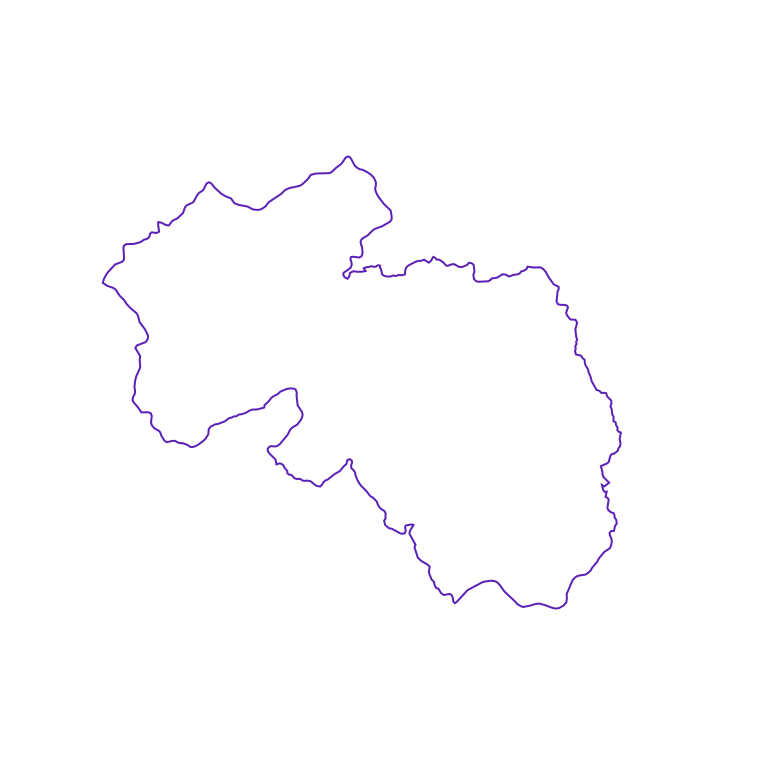 outline of Lassance, Minas Gerais, Brazil, rotated 224°
{"feature_id": "56859067B47117401129154", "entity_name": "Lassance", "entity_type": "district", "adm_level": 2, "iso_a3": "BRA", "parent_name": "Brazil", "parent_adm1": "Minas Gerais", "projection": "albers", "projection_center": [-44.677, -17.876], "detail": "fine", "context": "isolated", "style": "outline", "palette": "violet", "viewbox_px": 768, "rotation_deg": 224, "n_neighbors": 0, "source": "geoboundaries", "source_scale": "gbopen_adm2", "svg_char_len": 6166}
<svg xmlns="http://www.w3.org/2000/svg" viewBox="0 0 768 768"><g transform="rotate(224 384 384)"><path d="M581.9,483.6L581.1,477.9L581.5,471.2L582.3,468.0L588.2,459.1L589.9,454.8L590.0,449.4L593.3,434.4L592.7,430.5L592.8,428.3L593.8,424.3L595.1,422.3L596.9,420.5L599.9,418.4L605.3,416.9L612.7,412.1L617.2,410.1L622.8,411.2L628.7,408.9L633.1,407.9L641.5,407.6L648.1,408.3L650.2,407.3L650.9,405.0L648.7,397.7L649.8,393.0L649.5,389.6L647.6,383.2L647.8,381.1L650.0,375.6L650.0,373.3L647.3,367.2L647.7,359.6L649.6,354.5L648.9,348.7L651.0,347.0L656.6,345.2L658.8,343.7L657.6,342.1L651.6,337.3L652.5,334.6L656.5,331.7L656.6,329.4L654.9,326.6L655.3,323.5L656.9,321.2L657.3,318.5L658.4,315.6L661.4,310.8L666.4,305.7L667.1,303.3L666.3,301.2L658.4,293.9L657.3,292.3L657.3,289.9L660.5,283.1L660.2,271.9L658.6,265.3L656.5,261.4L651.5,262.3L645.4,265.1L642.7,265.5L635.6,263.9L629.0,263.8L624.4,262.7L617.8,262.5L611.5,263.0L608.8,262.4L602.7,258.7L593.9,257.3L587.1,254.7L585.1,252.0L584.6,248.5L588.6,239.9L587.8,237.1L579.1,234.8L577.7,233.5L576.6,231.7L571.9,227.6L570.5,225.7L567.5,217.3L564.8,212.8L561.4,208.5L558.6,206.4L556.5,204.0L555.4,200.3L553.8,197.8L551.6,196.9L544.6,196.3L538.8,195.0L534.3,199.6L531.7,201.0L528.8,199.7L525.1,194.7L522.4,193.0L518.5,192.6L512.8,194.0L510.4,193.4L508.5,192.2L502.5,190.7L499.7,191.3L496.8,196.0L494.8,198.0L491.5,198.7L489.4,199.9L487.9,201.5L482.9,203.7L479.8,204.1L477.8,205.8L476.3,208.6L475.4,211.9L474.5,217.0L474.3,220.9L475.6,226.0L478.8,229.9L479.0,233.1L477.5,237.5L475.6,240.1L472.6,246.5L471.7,252.1L470.3,253.9L469.5,256.4L467.7,258.3L467.3,261.0L465.7,263.0L463.5,266.8L462.1,272.0L461.1,273.9L457.5,277.7L453.8,283.9L455.2,285.7L454.9,291.4L455.4,295.3L455.1,298.1L453.4,302.9L453.3,306.3L451.9,309.8L450.4,313.1L448.2,315.9L446.1,317.7L443.9,318.7L440.8,317.2L438.6,314.7L431.2,308.6L423.8,307.0L421.4,305.6L419.9,303.3L418.8,300.1L418.2,294.4L419.7,289.3L419.7,285.7L418.0,280.4L417.2,268.4L417.7,265.1L419.5,262.9L422.0,261.0L423.0,258.7L422.6,256.6L420.7,254.8L417.7,254.4L409.6,254.3L405.5,251.5L404.2,254.1L402.2,255.4L399.6,255.6L397.4,254.7L393.1,254.2L391.5,252.7L389.4,252.8L387.5,254.3L383.1,254.0L380.8,255.0L378.5,257.5L375.7,257.9L373.9,259.1L371.9,261.4L369.3,263.0L363.0,263.6L361.0,264.3L358.6,266.0L358.6,268.9L359.4,271.1L359.2,273.8L358.1,276.2L356.9,285.2L355.3,290.6L355.8,297.4L355.4,300.0L357.5,304.0L356.3,306.3L353.5,306.3L352.0,304.7L351.2,302.7L349.1,300.8L345.8,300.8L343.2,300.2L341.0,298.4L336.5,296.5L332.8,295.4L330.0,294.9L321.3,294.7L318.0,294.0L315.4,293.9L313.0,294.6L307.3,294.4L304.6,292.9L301.2,292.1L298.5,292.2L295.8,292.9L293.0,292.1L289.5,288.2L288.9,285.7L284.9,283.3L280.0,283.8L277.9,285.3L268.3,287.9L266.5,289.3L265.4,291.1L266.6,293.7L269.1,295.4L270.1,297.2L266.7,302.1L264.8,303.0L263.3,296.3L261.8,294.0L249.7,290.3L248.6,287.7L239.1,282.6L234.3,282.6L227.4,284.3L224.3,284.4L221.3,280.1L219.3,278.8L213.9,276.4L210.5,276.3L207.5,274.3L204.8,273.5L202.6,274.5L197.6,273.2L194.3,273.8L191.0,278.6L189.1,279.1L186.9,278.6L183.1,275.7L180.8,275.5L180.3,277.5L180.7,293.9L175.6,309.5L174.4,311.7L170.6,316.6L167.8,318.9L165.1,320.0L160.9,319.8L153.1,318.4L137.5,318.6L135.7,318.2L130.7,319.4L129.0,320.3L125.1,325.8L121.8,331.6L119.7,333.9L114.8,336.7L107.4,339.9L104.5,341.8L102.5,344.2L100.9,349.5L101.2,353.6L103.4,356.7L106.7,359.8L112.1,374.0L112.1,377.9L111.5,380.0L110.3,382.2L106.7,386.8L106.0,389.7L105.8,393.3L106.6,396.2L107.1,404.1L108.2,407.7L108.7,413.0L108.8,416.9L107.5,422.3L108.2,425.1L110.7,429.0L113.3,430.9L116.3,432.0L118.3,433.6L118.4,436.0L116.5,438.1L119.2,442.3L119.6,445.2L122.5,447.6L125.4,448.2L127.3,449.8L129.1,450.6L131.5,449.4L135.0,449.1L137.3,450.1L142.0,456.8L144.0,457.4L146.2,456.7L149.0,461.2L150.3,459.7L152.9,460.1L157.1,462.8L154.3,463.5L153.5,469.4L161.3,469.5L163.9,470.7L165.7,472.4L171.0,475.6L168.4,481.7L168.1,483.8L171.4,489.9L171.3,492.1L170.0,494.0L169.5,498.5L170.7,500.7L170.9,503.0L172.3,505.3L176.3,508.2L179.9,513.6L182.3,512.6L184.2,513.0L185.9,515.1L188.5,515.6L190.8,517.4L193.1,516.6L196.2,520.0L198.8,520.8L203.1,524.3L205.6,525.2L206.7,527.7L209.0,529.9L215.0,530.1L217.7,531.7L219.8,530.4L221.3,528.6L224.3,528.7L227.1,527.4L236.4,530.2L240.7,532.8L245.2,534.7L247.2,536.2L252.3,537.6L254.7,539.1L256.4,540.8L258.9,540.5L262.2,541.2L266.3,538.6L269.1,540.0L270.8,542.8L272.7,544.1L273.2,546.5L275.0,547.7L275.9,550.1L278.4,551.4L284.3,556.2L287.7,562.3L290.8,563.2L294.8,559.9L300.1,560.5L302.4,561.7L305.0,567.1L307.1,567.4L309.6,565.9L311.8,563.7L314.3,562.2L317.1,563.1L323.4,571.1L324.2,573.6L325.9,575.2L331.1,573.6L339.4,575.1L345.9,577.1L349.9,577.3L352.7,576.4L357.3,571.7L362.2,568.2L361.3,565.5L362.3,562.2L363.5,560.2L363.2,557.5L364.1,555.7L366.7,552.3L368.8,548.1L372.3,547.3L375.0,545.2L376.5,539.0L379.9,534.6L379.7,532.6L380.4,530.3L387.3,522.9L389.6,521.9L392.4,522.1L395.7,524.8L396.5,526.9L398.3,528.8L402.4,532.0L404.7,531.8L407.1,530.3L406.9,527.3L409.2,522.2L411.1,520.5L417.1,518.8L419.1,516.0L420.1,513.4L421.9,512.2L424.6,512.7L428.0,512.4L430.5,511.8L432.6,510.1L435.1,510.3L436.9,509.6L435.8,505.4L436.0,502.5L441.6,501.2L442.8,498.5L444.9,496.3L446.2,493.9L448.7,486.5L448.9,483.1L447.6,480.4L445.1,477.4L446.6,474.7L449.2,472.6L450.6,469.8L452.8,468.4L453.7,466.2L455.4,464.4L457.4,462.8L459.5,461.8L461.6,461.6L465.7,464.4L467.7,464.9L469.0,466.4L470.8,465.4L471.4,462.8L472.8,461.1L475.0,460.0L475.9,457.9L477.7,456.0L479.0,453.2L475.7,452.5L477.5,449.9L481.2,446.1L484.2,444.1L485.7,440.4L483.9,437.6L483.4,434.3L486.7,433.5L489.3,434.3L490.3,435.9L489.0,442.3L488.9,444.9L490.1,447.4L492.3,449.2L494.9,450.4L495.9,452.4L494.4,454.3L489.6,457.8L488.9,460.5L490.5,463.5L495.0,467.3L497.6,468.5L499.9,470.3L500.6,472.3L500.4,474.7L499.0,479.3L498.8,486.9L498.4,489.0L494.9,496.2L492.4,505.0L492.9,507.8L495.3,510.2L500.0,513.5L508.7,513.4L517.8,514.7L520.6,515.5L523.7,516.8L526.1,518.3L527.5,520.8L530.0,523.5L534.6,525.4L539.1,525.5L543.0,524.8L548.2,523.3L550.5,521.6L554.0,520.8L556.7,520.7L563.6,523.0L566.6,523.4L568.3,522.1L568.8,520.0L567.6,512.9L568.7,505.5L568.8,500.6L569.7,497.8L579.3,488.0L581.9,483.6Z" fill="none" stroke="#5b21b6" stroke-width="2"/></g></svg>